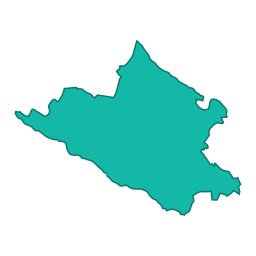 Tam Diep, Ninh Bình, Vietnam (Robinson projection)
{"feature_id": "81297802B4597997720172", "entity_name": "Tam Diep", "entity_type": "district", "adm_level": 2, "iso_a3": "VNM", "parent_name": "Vietnam", "parent_adm1": "Ninh Bình", "projection": "robinson", "projection_center": [105.895, 20.161], "detail": "fine", "context": "isolated", "style": "filled", "palette": "teal", "viewbox_px": 256, "rotation_deg": 0, "n_neighbors": 0, "source": "geoboundaries", "source_scale": "gbopen_adm2", "svg_char_len": 5839}
<svg xmlns="http://www.w3.org/2000/svg" viewBox="0 0 256 256"><path d="M184.5,215.0L185.0,214.3L185.8,213.5L186.9,212.8L189.1,211.5L189.6,210.7L191.1,206.2L191.7,204.7L192.1,203.2L193.2,202.0L193.8,201.1L193.7,198.8L193.2,197.6L192.8,196.6L193.1,195.7L194.0,195.0L195.2,194.2L196.5,193.3L198.3,192.4L200.7,191.7L203.9,191.6L208.4,191.7L211.0,191.1L211.5,194.0L212.0,199.8L214.5,199.9L217.0,200.0L220.1,193.2L221.8,193.7L223.1,194.0L224.1,194.3L225.3,194.5L226.7,196.1L227.8,195.7L231.6,192.8L233.8,190.6L239.2,194.2L239.3,192.9L239.7,191.9L239.2,189.2L238.6,187.6L238.7,186.6L239.6,185.4L240.3,184.6L240.6,184.3L239.8,182.8L239.2,181.4L238.4,179.7L238.0,177.9L236.9,178.1L234.3,178.4L233.0,178.2L231.5,175.6L230.2,173.7L229.5,172.3L228.6,171.6L227.5,171.3L226.4,171.2L225.8,171.0L223.0,170.4L221.5,169.4L220.5,168.9L218.0,166.2L215.4,163.6L214.9,163.2L214.7,163.4L214.7,165.0L214.6,165.7L214.2,165.8L214.0,165.7L213.6,165.5L213.2,165.0L212.8,164.4L212.5,164.1L212.2,163.9L211.9,164.0L211.4,164.2L210.8,164.7L210.6,164.7L210.4,164.7L209.9,164.0L208.8,162.4L206.6,159.0L203.0,153.9L201.7,152.5L200.8,150.9L202.4,149.1L203.1,149.8L203.7,149.9L204.2,149.5L204.4,149.1L204.5,148.4L205.0,148.0L206.6,148.5L207.4,148.3L207.9,147.9L208.0,147.5L207.9,146.9L207.7,145.9L207.2,144.9L205.5,143.4L204.5,142.7L204.3,142.2L204.5,141.6L205.7,140.2L208.9,135.8L209.2,135.0L209.2,134.2L208.9,133.5L208.9,132.0L209.2,130.7L209.4,129.9L210.2,128.4L211.1,127.5L214.2,124.5L215.2,123.8L216.4,123.1L217.1,122.9L218.5,122.8L220.3,123.3L221.0,123.5L222.0,123.4L222.7,123.3L223.1,122.6L223.4,122.1L222.5,120.8L221.9,119.2L221.4,118.6L221.3,117.7L223.6,117.4L225.0,117.3L226.0,117.1L226.4,117.1L227.2,116.6L226.4,115.9L226.3,114.5L226.5,112.7L226.9,111.9L226.9,111.3L226.7,110.6L226.3,109.6L225.4,108.3L222.5,105.0L220.5,102.7L219.2,101.3L217.9,100.5L217.0,100.0L216.0,99.6L214.1,99.2L212.8,99.0L212.0,99.3L210.9,100.3L210.5,100.8L210.3,101.2L209.8,102.8L209.4,105.5L208.9,107.7L208.5,108.4L208.1,109.0L207.6,109.3L206.6,109.5L205.4,109.6L204.5,109.9L203.8,109.8L202.8,109.6L201.2,108.7L199.4,107.5L198.0,106.1L196.7,104.4L195.7,102.7L197.1,99.2L197.3,99.3L198.0,99.7L198.7,99.9L200.3,100.0L201.1,100.1L201.5,100.2L202.3,100.7L202.6,100.8L202.8,100.7L202.9,100.3L203.0,100.0L203.0,99.4L203.0,98.9L203.2,98.1L203.4,97.9L203.5,97.5L203.5,97.0L203.3,96.6L202.9,96.3L202.4,96.0L201.9,95.8L200.4,95.4L200.0,95.0L199.7,94.7L199.2,94.1L198.1,93.3L197.4,93.1L196.7,92.8L196.0,92.2L195.8,92.0L194.7,90.7L193.2,88.8L192.2,88.2L191.3,87.9L190.5,87.9L189.7,87.9L189.1,87.8L188.3,87.2L187.9,86.6L187.0,85.9L185.9,85.3L182.3,83.4L180.2,82.1L178.5,81.2L178.1,80.5L177.1,79.3L176.4,78.7L176.2,78.6L175.8,78.0L174.3,77.3L172.6,76.7L171.1,75.5L168.6,72.7L167.5,72.1L166.4,71.8L165.9,71.6L164.8,71.3L163.8,70.9L163.0,70.4L161.5,69.4L159.9,68.4L158.6,67.2L157.8,66.6L156.9,65.7L155.8,63.9L153.7,62.1L153.1,61.6L152.4,61.3L151.7,60.9L150.6,59.4L149.8,58.4L149.4,57.9L149.1,56.1L148.3,54.6L146.5,52.3L145.8,51.5L144.7,50.1L142.9,47.3L142.5,46.4L142.0,45.6L140.6,44.5L139.8,43.8L139.0,43.0L138.4,42.3L137.8,41.6L136.8,41.0L134.9,47.8L134.3,49.9L133.8,52.4L132.7,55.2L132.1,56.7L130.8,58.7L129.1,60.9L127.6,62.9L126.9,63.8L125.8,64.8L124.6,65.6L124.0,65.9L123.5,66.1L122.3,66.0L120.3,65.9L119.5,66.4L119.6,66.8L119.8,67.3L119.9,68.1L119.9,68.4L119.6,68.9L117.6,70.1L116.6,71.3L117.5,72.6L118.3,74.0L118.7,74.5L118.9,74.8L119.3,75.0L119.6,75.3L120.2,75.9L121.3,77.4L120.0,78.5L119.7,79.0L116.6,90.8L115.7,93.6L114.4,96.2L113.7,97.6L111.2,97.2L105.9,96.3L100.8,95.6L98.0,95.1L97.6,95.1L97.2,95.4L96.5,95.8L96.0,96.5L95.0,97.5L94.8,97.7L94.4,97.7L93.8,97.4L93.3,97.0L92.4,95.9L91.7,95.0L90.7,94.2L88.6,93.4L86.8,92.5L84.9,91.5L83.1,89.9L82.1,89.3L81.1,88.9L77.0,88.8L76.8,87.7L75.8,87.6L72.7,87.7L69.0,88.2L64.4,88.5L62.9,93.8L62.4,94.9L60.6,97.8L59.3,100.1L58.6,101.1L58.2,101.3L57.8,101.5L57.1,101.4L56.6,101.2L56.0,100.3L55.3,99.8L54.7,99.4L54.2,99.4L53.8,99.4L53.1,99.8L52.5,100.2L51.9,100.7L51.5,101.2L49.2,104.6L48.7,105.9L48.7,106.8L49.4,109.6L49.6,110.8L49.5,111.7L49.2,113.0L48.5,114.2L48.1,114.6L46.1,116.1L45.6,116.2L45.2,116.2L44.5,116.1L43.4,115.5L42.5,115.0L40.0,113.3L38.8,112.6L37.5,112.0L36.6,111.4L35.4,110.5L34.3,109.7L33.4,109.4L32.8,109.3L32.3,109.4L31.9,109.7L31.3,110.5L30.4,113.1L29.9,114.0L29.0,115.4L28.4,115.9L27.8,116.3L26.8,116.3L25.8,116.0L24.9,115.7L23.6,114.8L20.2,112.2L19.7,111.8L19.1,111.7L18.6,112.1L17.9,112.4L16.6,111.6L16.2,111.4L15.8,111.6L15.6,112.1L15.4,113.8L16.1,114.8L17.1,116.5L17.9,117.6L18.7,118.4L19.4,118.6L21.1,118.6L21.4,119.3L22.3,120.6L24.5,123.5L26.0,124.4L30.2,125.9L31.5,126.6L33.5,128.9L35.5,130.7L36.5,130.6L38.0,130.8L39.3,131.1L44.2,135.0L46.3,136.6L48.4,137.7L50.8,138.5L53.0,139.4L56.0,139.7L57.8,139.8L58.3,140.6L59.1,141.2L61.0,141.3L63.6,141.7L65.3,142.9L66.4,145.1L66.7,147.2L67.1,149.3L68.4,151.9L69.9,154.1L71.0,154.7L72.6,154.8L74.6,155.4L76.4,154.9L78.2,155.1L80.0,155.9L81.5,157.4L82.3,158.3L84.3,158.6L86.0,158.9L87.3,159.6L91.6,160.8L93.4,162.1L95.3,163.6L99.2,167.6L100.9,168.8L103.1,171.0L103.5,171.9L104.8,172.8L105.9,173.1L106.9,173.8L107.2,175.2L107.2,176.2L107.9,176.7L109.0,177.2L110.0,178.6L111.4,180.1L112.4,181.1L113.3,181.8L114.7,182.4L116.1,182.8L117.4,183.7L119.4,185.3L120.7,186.0L122.1,186.0L124.6,185.5L126.0,185.2L126.9,185.4L128.5,186.6L130.2,187.7L131.4,188.3L132.4,188.6L134.9,189.0L138.1,189.0L140.2,189.1L142.0,189.0L142.9,189.2L143.3,190.0L144.5,190.4L145.9,190.9L147.8,192.4L149.2,194.9L150.9,196.8L152.7,198.5L154.4,199.3L155.7,199.8L156.6,200.6L158.3,202.6L160.5,204.5L161.8,206.3L162.4,207.9L163.1,208.7L164.7,208.4L165.7,209.1L166.0,209.7L166.3,210.6L167.0,210.6L168.0,210.3L169.0,209.8L171.0,209.2L173.0,209.3L173.9,209.5L175.2,209.9L177.1,210.8L178.4,211.4L179.7,212.3L180.2,213.6L180.8,214.5L181.5,214.5L182.6,214.5L184.5,215.0Z" fill="#14b8a6" stroke="#0f766e" stroke-width="1.5"/></svg>